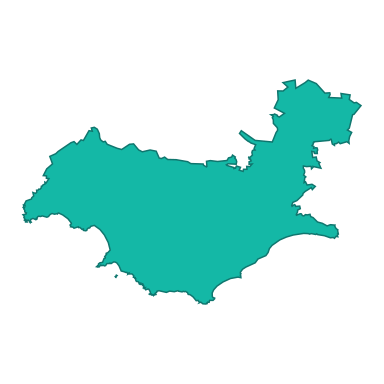 Overberg, Western Cape, South Africa
{"feature_id": "47623444B61406186088349", "entity_name": "Overberg", "entity_type": "district", "adm_level": 2, "iso_a3": "ZAF", "parent_name": "South Africa", "parent_adm1": "Western Cape", "projection": "orthographic", "projection_center": [19.752, -34.228], "detail": "fine", "context": "isolated", "style": "filled", "palette": "teal", "viewbox_px": 384, "rotation_deg": 0, "n_neighbors": 0, "source": "geoboundaries", "source_scale": "gbopen_adm2", "svg_char_len": 5991}
<svg xmlns="http://www.w3.org/2000/svg" viewBox="0 0 384 384"><path d="M49.8,156.4L52.5,163.9L46.7,168.9L43.3,175.6L46.5,175.9L46.4,178.3L48.9,178.6L46.2,182.9L44.9,182.1L45.0,184.0L43.0,184.9L41.9,186.4L41.4,186.3L41.0,188.3L39.8,189.3L38.8,189.1L38.0,190.2L36.6,190.2L36.8,192.1L35.6,193.4L32.9,192.5L33.7,196.0L31.8,197.7L31.5,199.0L26.1,200.9L24.5,204.1L25.0,205.5L23.5,205.0L23.8,206.8L23.1,207.4L23.6,208.0L24.4,207.8L23.9,209.0L24.8,210.4L24.7,211.4L25.3,212.5L26.4,212.9L26.0,214.1L23.0,214.7L24.3,216.3L23.9,217.6L24.5,218.0L24.5,219.2L25.8,219.7L25.7,220.6L25.0,220.7L25.7,221.2L25.6,222.0L27.2,222.0L26.5,220.6L28.2,220.1L29.3,221.2L30.1,221.1L29.7,222.0L30.1,222.5L30.2,222.0L31.1,222.1L30.4,220.7L30.6,219.5L33.0,218.4L35.8,219.7L36.5,219.4L36.0,218.9L36.4,218.2L37.1,218.3L37.7,216.7L38.6,216.2L40.6,216.5L42.2,215.9L46.9,217.2L48.5,216.5L50.1,214.5L52.0,213.5L54.5,214.2L56.8,213.7L57.5,214.0L57.9,213.2L58.6,213.0L62.7,214.9L67.9,218.7L71.2,222.9L71.4,223.8L70.2,224.7L70.2,225.6L71.0,226.2L70.7,226.8L73.0,227.2L74.0,228.2L78.3,226.8L78.6,227.6L80.0,227.5L81.9,229.3L83.4,229.0L83.4,230.4L85.7,230.8L86.8,230.4L87.0,229.3L88.4,228.0L89.6,228.0L90.8,226.3L94.3,225.4L100.0,229.5L104.4,235.0L108.3,242.6L110.2,250.1L107.9,252.6L106.2,253.3L106.1,254.4L106.4,254.3L106.5,254.4L104.7,256.6L105.3,257.5L105.1,258.2L104.2,258.5L104.2,258.0L102.6,262.3L99.9,262.8L98.5,263.9L98.4,265.0L97.0,266.3L97.8,266.2L97.9,266.7L97.3,266.8L97.3,267.0L99.2,266.9L100.8,265.0L101.9,265.7L103.1,265.2L104.4,265.9L105.6,265.6L106.9,263.6L110.1,263.5L110.1,263.1L111.2,263.5L113.7,261.9L115.3,262.1L116.8,262.9L119.0,265.8L121.2,271.0L124.6,271.9L125.2,272.3L125.0,272.8L125.4,272.3L127.0,272.4L127.5,273.4L128.3,273.2L128.0,274.0L128.6,273.6L128.4,274.0L131.9,273.9L133.7,275.6L133.4,277.3L135.1,277.6L134.9,278.3L135.7,278.6L135.5,279.6L136.4,281.4L138.3,281.7L138.9,282.8L140.3,283.1L139.3,283.9L140.0,284.4L141.9,284.5L142.1,283.7L142.8,283.9L143.2,284.9L142.9,285.5L143.6,285.5L143.9,286.3L143.4,287.8L144.6,287.7L143.9,288.2L144.1,288.6L145.0,288.6L145.7,289.8L148.0,289.0L148.9,289.3L150.4,292.1L150.3,293.5L149.3,294.1L149.9,294.5L151.1,294.1L151.0,294.6L151.8,295.1L152.6,295.1L152.2,294.8L152.5,294.6L153.8,294.7L153.4,295.1L153.6,295.5L154.0,294.9L155.9,294.5L155.1,293.4L156.6,292.4L156.9,291.3L158.9,290.7L166.4,292.4L169.6,291.1L174.3,291.7L178.0,290.7L178.5,291.2L182.1,291.9L183.2,291.3L184.3,291.7L185.5,291.4L187.5,292.6L188.2,294.4L190.2,294.7L193.2,297.0L196.2,300.7L198.1,300.4L198.7,301.6L200.0,302.1L199.5,302.7L200.9,302.2L202.8,303.8L205.8,304.0L207.1,303.6L206.8,303.1L207.5,302.2L209.1,302.3L209.6,300.4L213.0,300.4L214.6,298.8L214.7,298.1L212.9,297.5L212.3,296.3L212.2,293.0L213.7,289.8L217.1,286.0L223.1,281.9L230.5,278.5L238.0,277.1L240.9,277.7L240.7,275.6L240.3,275.3L240.9,273.6L240.4,273.3L240.4,272.2L242.6,269.2L245.8,267.1L255.2,262.8L258.0,259.0L265.9,255.6L268.1,252.5L269.4,248.6L272.0,245.4L279.8,239.9L286.5,237.0L293.3,235.0L303.7,233.4L308.4,233.6L309.4,234.1L311.4,233.6L315.8,234.5L316.7,233.8L317.6,234.6L324.4,235.7L330.4,237.8L333.2,237.5L334.5,238.3L335.8,236.5L337.8,236.7L337.2,235.4L338.3,234.1L337.8,233.6L338.2,233.4L337.6,230.5L337.9,229.9L336.0,228.5L334.7,226.0L335.0,225.1L330.4,224.7L327.1,225.9L322.3,223.3L317.5,222.0L313.1,217.6L310.7,216.6L310.0,214.3L307.4,214.9L305.4,214.6L304.1,215.8L303.3,215.9L302.3,215.5L301.4,213.9L300.3,213.7L296.5,215.2L296.3,214.5L297.5,212.0L297.6,210.1L300.3,208.7L299.7,206.1L295.6,206.4L295.3,205.2L294.3,204.6L292.1,206.3L291.7,205.4L292.8,202.4L296.9,200.6L302.8,195.0L303.0,193.5L305.1,191.5L311.3,187.6L312.3,189.6L315.3,186.4L312.0,184.3L307.1,185.0L305.5,181.8L304.1,182.6L304.8,177.7L305.8,176.9L303.6,175.1L304.7,172.2L304.5,170.3L303.3,168.1L303.4,166.0L306.5,166.6L310.7,166.3L311.2,166.6L311.5,168.8L313.3,167.0L313.1,166.5L320.9,168.2L318.8,163.4L319.9,162.6L317.0,160.8L316.2,157.0L312.7,157.5L311.8,151.4L314.4,152.0L314.3,153.2L314.7,153.5L317.3,153.5L317.1,151.4L317.7,150.0L317.2,148.0L315.7,147.7L313.6,148.3L313.9,146.5L312.0,145.7L313.2,144.1L313.2,142.9L313.9,142.6L314.0,141.8L329.2,140.4L330.7,139.2L331.2,139.3L332.3,144.0L334.5,145.4L334.6,143.8L336.5,143.6L338.6,142.1L340.2,143.7L346.9,141.7L349.1,143.3L348.8,140.8L349.6,136.6L351.7,132.4L347.4,130.0L349.3,128.1L352.6,114.7L354.0,114.3L361.0,105.6L356.4,102.4L354.1,102.9L349.3,99.5L350.1,94.9L341.0,93.5L341.7,98.1L328.7,97.5L330.1,94.5L329.8,92.8L324.9,93.1L316.3,83.6L308.2,80.1L305.0,82.7L295.8,88.3L295.1,80.0L283.0,82.6L287.9,87.1L283.1,91.0L277.7,90.9L278.2,99.7L274.3,108.0L284.5,113.3L279.3,117.0L277.4,116.2L277.4,115.3L274.6,114.0L273.6,114.6L271.0,114.8L273.3,116.4L272.3,117.7L273.3,119.7L273.4,123.5L277.3,127.7L277.6,129.4L277.5,130.5L276.1,132.5L272.3,142.0L255.1,140.4L241.3,130.7L239.5,133.5L245.0,138.9L248.8,141.8L248.4,141.1L250.9,143.0L255.7,144.7L254.1,148.5L255.0,150.0L253.4,150.0L252.4,150.7L251.9,152.3L252.4,155.1L249.9,157.4L248.7,157.1L248.1,157.0L248.8,157.3L249.2,159.1L250.4,159.0L251.1,160.9L249.1,161.7L249.1,164.3L252.1,164.0L249.9,166.6L246.7,166.4L247.0,169.3L243.5,169.3L243.1,171.4L239.2,170.2L240.5,167.3L236.4,166.0L235.5,168.2L233.9,168.5L234.0,167.6L226.8,165.4L226.3,164.8L228.1,163.8L236.2,164.2L236.7,161.7L236.0,159.4L234.8,158.2L235.3,157.0L232.5,155.1L231.7,157.0L228.5,157.9L227.0,160.5L217.6,161.5L210.3,160.6L206.5,161.3L206.9,166.5L206.4,166.9L203.6,165.3L203.2,164.0L190.8,163.6L187.7,161.7L176.1,159.7L167.7,159.5L164.6,157.1L161.5,158.5L159.2,158.1L156.2,151.2L150.1,150.0L142.3,151.8L138.6,149.9L133.6,143.9L129.5,144.3L121.7,149.5L117.2,148.3L107.2,144.3L105.2,141.3L103.2,141.9L101.6,140.7L100.6,139.8L99.7,137.6L99.3,133.6L97.3,129.2L94.3,127.3L91.3,128.0L92.3,131.2L89.0,130.7L83.4,140.5L81.0,139.9L76.9,144.4L74.0,141.6L71.0,142.7L58.2,151.4L55.8,153.7L49.8,156.4ZM116.4,275.2L116.3,275.6L115.3,276.5L115.8,276.8L117.1,275.6L116.4,275.2ZM116.3,276.7L115.8,277.2L115.1,277.0L115.9,277.4L116.3,276.7Z" fill="#14b8a6" stroke="#0f766e" stroke-width="1.5"/></svg>